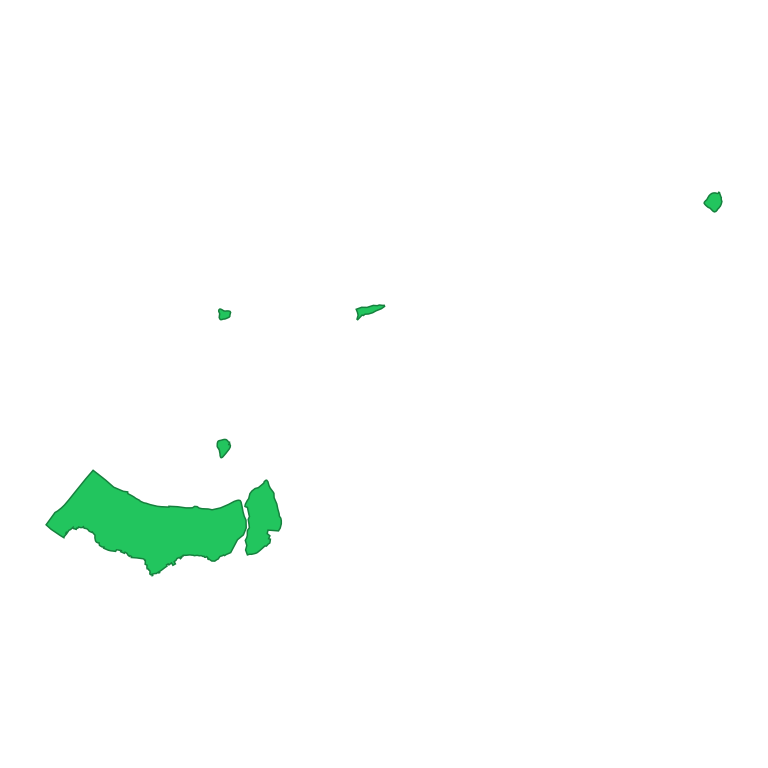 the district of Kolofo'ou, Tonga
{"feature_id": "48082658B76905372739919", "entity_name": "Kolofo'ou", "entity_type": "district", "adm_level": 2, "iso_a3": "TON", "parent_name": "Tonga", "parent_adm1": "", "projection": "robinson", "projection_center": [-175.151, -21.107], "detail": "fine", "context": "isolated", "style": "filled", "palette": "green", "viewbox_px": 768, "rotation_deg": 0, "n_neighbors": 0, "source": "geoboundaries", "source_scale": "gbopen_adm2", "svg_char_len": 4837}
<svg xmlns="http://www.w3.org/2000/svg" viewBox="0 0 768 768"><path d="M63.9,537.7L64.2,536.6L66.5,533.9L65.8,533.4L66.4,532.2L67.3,532.7L69.1,530.1L70.5,529.6L73.0,527.4L73.0,528.2L74.0,528.8L74.7,528.6L75.3,529.2L76.3,529.4L76.8,528.1L77.8,528.2L78.6,527.0L80.5,527.6L82.2,527.6L83.4,526.7L84.1,528.2L86.4,528.6L87.0,528.9L87.9,529.5L88.8,530.8L89.8,531.5L91.9,532.4L92.3,532.0L93.3,533.3L95.0,535.2L94.9,537.9L95.5,540.8L96.4,542.1L98.1,542.9L99.0,542.8L99.5,545.4L102.0,546.9L104.1,547.2L103.7,548.2L104.8,548.7L108.3,550.2L110.8,550.8L112.7,551.0L115.6,551.4L116.5,549.8L117.7,549.9L121.3,550.6L120.7,551.7L124.4,553.3L125.0,552.2L127.1,553.4L127.7,554.8L129.3,556.3L129.9,555.7L130.3,555.9L131.5,556.5L131.3,557.5L136.8,557.9L143.3,558.8L143.8,559.0L144.8,560.4L145.3,560.3L145.3,562.9L145.1,564.2L147.0,565.2L146.9,567.4L147.1,568.8L148.4,569.1L148.8,570.0L149.7,570.6L150.2,572.3L149.8,573.0L150.0,574.2L150.7,574.7L151.8,574.4L152.1,575.7L152.7,575.5L152.3,574.2L154.5,573.6L156.3,573.5L158.6,572.0L158.9,572.9L159.6,572.6L159.1,571.8L161.3,570.3L162.8,569.2L164.7,567.7L167.0,566.1L166.5,564.9L168.2,563.9L168.9,564.9L171.5,562.9L172.9,565.3L175.4,563.9L174.2,561.7L176.0,560.3L177.0,558.5L179.2,557.5L180.5,558.7L181.7,557.4L181.1,556.9L182.6,555.9L183.0,556.1L183.3,555.8L183.3,555.3L186.0,555.3L189.8,554.9L192.3,555.2L193.2,555.2L194.2,555.7L197.1,555.3L199.4,555.8L201.2,555.6L202.8,556.4L204.1,556.3L204.5,557.2L205.7,557.3L206.7,556.6L207.8,557.7L207.8,558.9L208.3,559.4L208.9,559.0L211.7,561.0L214.8,561.1L216.9,559.6L218.1,559.1L219.9,556.5L222.7,555.6L223.4,555.0L224.6,555.6L225.9,554.7L226.5,554.4L230.7,552.6L237.5,539.7L243.4,534.9L246.2,527.9L246.0,520.2L244.2,516.2L243.0,511.7L242.1,506.8L241.1,502.2L240.2,500.6L238.8,500.2L237.2,500.4L234.2,501.4L228.4,504.5L220.5,507.9L212.1,509.8L208.4,509.0L202.0,508.7L199.2,508.1L197.1,506.6L194.6,506.4L192.5,507.8L190.4,507.9L186.0,507.9L178.9,506.9L177.2,506.7L169.3,506.3L168.9,506.3L168.9,507.1L161.1,506.7L157.3,506.3L150.1,504.6L146.3,503.3L143.8,502.8L140.3,501.2L139.5,500.3L135.7,498.3L134.0,497.0L131.6,495.6L127.8,493.6L127.7,491.9L123.3,491.3L113.7,487.2L105.6,480.1L93.1,470.3L85.8,478.8L80.3,485.6L75.2,491.9L68.5,500.3L68.3,500.5L64.5,505.0L61.5,507.9L57.6,511.0L55.0,512.5L50.9,518.2L46.1,524.8L51.1,529.3L54.8,531.8L60.4,535.6L63.9,537.7ZM274.1,497.7L273.9,493.3L273.2,492.1L270.2,488.1L269.0,485.6L267.9,481.7L266.7,480.2L266.0,480.2L264.3,481.5L263.8,483.1L261.7,484.9L258.3,487.7L255.1,488.5L251.8,491.1L249.9,493.7L248.7,498.6L247.2,500.7L245.4,504.1L244.9,506.4L245.6,506.8L247.4,507.4L249.0,514.8L249.5,516.4L248.2,519.4L249.0,524.4L249.4,527.7L247.4,530.5L247.3,533.5L247.3,535.4L246.7,537.7L245.3,540.4L246.8,545.5L245.6,550.0L247.4,554.9L249.7,554.2L251.5,554.3L254.6,553.6L256.0,553.2L257.4,552.5L260.0,550.4L264.9,546.0L266.4,546.1L268.4,543.9L269.8,543.0L270.2,540.8L270.4,539.2L268.6,538.7L269.9,535.8L267.2,533.6L268.0,530.1L278.5,530.9L280.2,528.1L281.3,523.8L281.3,520.7L280.8,518.2L279.4,516.2L279.1,513.6L277.8,509.0L276.8,504.0L274.1,497.7ZM707.9,197.7L706.8,199.7L705.6,200.7L704.3,202.3L704.2,203.4L705.2,204.7L706.3,205.8L708.1,207.3L710.1,208.2L712.8,211.0L714.3,211.9L715.8,211.5L717.0,210.3L717.6,209.2L718.6,208.3L720.4,206.0L721.1,204.4L721.6,202.8L721.9,201.2L721.5,200.7L721.2,198.7L721.3,197.5L720.7,196.4L720.5,195.6L720.1,194.6L719.9,194.1L719.7,193.5L719.7,193.0L719.2,192.4L718.7,192.3L718.5,193.2L717.3,193.5L715.7,193.0L714.5,192.9L713.3,193.0L712.1,193.3L710.5,194.3L709.1,195.7L707.9,197.7ZM356.2,309.3L357.4,312.2L358.1,315.2L357.0,319.2L357.7,319.7L362.1,315.1L363.4,315.5L365.0,314.2L368.4,314.0L372.7,312.7L375.9,310.9L381.4,308.7L384.6,306.4L384.2,305.3L382.9,305.4L379.3,305.0L377.3,305.7L373.3,305.4L367.1,307.4L361.6,307.3L356.2,309.3ZM217.4,446.9L217.9,447.9L218.4,448.2L218.5,448.6L218.6,448.9L218.8,448.9L218.9,449.2L219.2,449.9L219.3,450.1L219.4,450.3L219.5,450.8L219.4,451.0L219.5,451.2L219.6,451.4L219.7,452.2L219.7,452.5L219.9,453.3L220.0,453.6L220.0,454.3L220.1,454.6L220.1,455.4L220.1,455.6L220.6,457.2L220.9,457.6L221.4,457.7L222.5,457.2L224.0,455.5L225.9,453.3L229.3,448.9L229.9,447.6L230.2,447.1L230.4,445.6L230.1,444.8L229.7,444.4L229.1,444.6L228.7,444.6L228.7,444.4L229.7,443.6L229.8,443.2L229.3,442.8L229.2,442.5L229.3,442.2L229.0,442.2L228.3,441.8L228.0,441.3L227.6,440.8L227.0,440.2L226.1,439.6L224.9,439.4L223.8,439.5L220.5,440.4L219.8,440.5L218.4,441.0L217.7,441.9L217.3,443.4L217.2,446.2L217.4,446.9ZM222.1,309.8L220.7,309.1L219.7,309.1L219.0,309.7L218.7,310.8L218.8,311.6L219.4,312.9L219.7,313.8L219.5,315.1L219.2,317.5L219.7,318.7L220.2,319.4L220.8,319.7L221.8,319.6L223.2,319.1L224.9,319.0L226.5,318.4L229.0,317.3L229.8,316.4L229.9,315.0L230.6,312.4L230.0,311.4L228.8,311.0L227.0,310.9L225.3,311.1L223.9,310.9L222.1,309.8Z" fill="#22c55e" stroke="#15803d" stroke-width="1.5"/></svg>